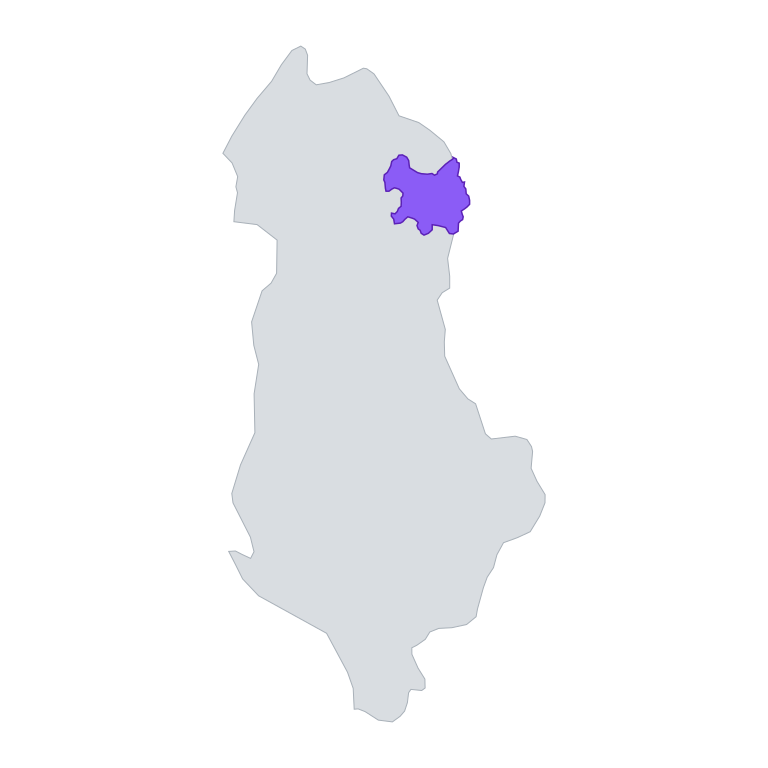 location of Kukës, Kukës, Albania
{"feature_id": "67620474B92464717887955", "entity_name": "Kukës", "entity_type": "district", "adm_level": 2, "iso_a3": "ALB", "parent_name": "Albania", "parent_adm1": "Kukës", "projection": "robinson", "projection_center": [20.374, 41.987], "detail": "fine", "context": "in_parent", "style": "filled", "palette": "violet", "viewbox_px": 768, "rotation_deg": 0, "n_neighbors": 0, "source": "geoboundaries", "source_scale": "gbopen_adm2", "svg_char_len": 2746}
<svg xmlns="http://www.w3.org/2000/svg" viewBox="0 0 768 768"><path d="M233.9,221.7L234.6,210.5L237.5,192.7L235.9,186.8L237.7,176.6L232.1,163.0L222.9,153.3L231.9,136.0L244.9,115.1L257.0,98.5L271.6,81.3L281.4,64.7L291.9,50.5L300.8,46.1L305.3,49.1L307.6,55.3L307.0,73.8L310.1,80.1L316.2,84.8L329.3,82.5L343.9,77.9L363.4,68.2L366.8,68.8L374.0,73.9L389.0,96.2L399.0,115.8L418.8,122.6L429.8,130.2L443.9,141.8L450.8,153.5L460.5,189.2L461.6,210.8L458.8,220.7L456.4,223.2L447.6,258.4L449.7,276.3L449.7,288.1L442.2,292.7L437.2,300.1L445.3,329.4L444.3,341.9L444.7,356.2L459.3,388.8L467.9,398.9L475.6,403.8L485.4,433.8L491.3,439.0L515.2,436.2L526.9,439.5L531.5,446.6L532.6,451.5L531.1,468.3L537.0,481.3L545.1,494.6L545.0,502.8L539.7,516.1L530.2,531.7L517.5,537.6L503.5,542.7L496.9,554.8L493.5,567.6L487.2,577.2L483.4,587.6L477.5,608.9L476.1,616.7L466.6,624.5L451.9,627.7L438.7,628.4L429.8,632.0L425.3,639.3L416.9,645.2L411.8,647.8L411.9,654.3L418.0,668.0L424.9,679.1L425.1,688.0L421.7,690.5L410.9,689.4L408.6,692.7L407.4,702.6L404.6,711.1L400.1,716.3L392.4,721.9L378.3,720.1L365.1,711.6L358.2,708.9L354.2,709.2L353.2,688.4L347.5,672.2L326.6,633.3L258.6,595.8L242.6,578.9L235.6,564.8L228.7,551.4L235.4,551.0L242.0,554.4L250.6,558.4L254.0,551.7L250.4,537.1L233.0,502.9L231.8,493.5L240.5,464.9L254.9,432.7L254.1,393.8L258.7,364.4L253.8,345.3L251.6,321.9L262.1,290.8L271.1,283.1L276.6,273.3L277.1,240.1L257.1,224.6L233.9,221.7Z" fill="#d9dde1" stroke="#a8b0b8" stroke-width="1"/><path d="M386.0,191.2L389.0,191.2L391.7,189.2L393.0,188.5L394.5,187.8L396.0,188.2L397.7,188.7L399.1,189.2L401.1,191.2L402.3,192.4L403.0,193.1L402.8,195.9L402.6,196.2L401.1,198.0L401.3,202.4L401.1,206.3L398.5,208.4L397.3,211.5L396.6,212.2L395.8,213.0L395.1,213.8L393.4,213.5L391.5,213.1L391.3,216.1L393.7,219.1L394.5,223.8L400.4,223.1L402.8,221.7L404.9,219.3L407.8,216.8L412.3,218.2L414.6,219.1L418.2,222.4L417.0,225.6L418.2,228.9L420.1,230.3L421.2,233.3L424.0,235.1L428.4,233.3L432.2,229.8L432.2,224.7L438.2,225.6L445.6,227.5L449.4,233.5L453.4,234.0L458.1,231.2L458.5,223.1L460.4,221.0L462.6,219.6L463.2,216.8L462.3,214.5L461.3,211.0L464.5,208.9L467.0,207.0L469.6,204.3L469.6,200.3L468.7,196.1L466.2,193.8L465.8,188.9L463.9,186.4L464.5,182.0L462.4,182.4L460.7,179.4L459.9,177.1L457.5,175.9L458.4,171.7L459.2,167.1L459.2,163.1L456.9,162.2L456.3,159.0L453.1,157.4L453.4,158.4L452.2,159.5L449.9,160.9L448.5,162.0L447.4,162.9L445.6,164.2L437.6,172.0L437.4,173.8L434.5,175.2L432.0,173.5L427.4,174.2L421.4,173.7L417.5,172.6L409.6,167.8L409.1,164.6L408.7,160.6L406.7,157.2L402.4,154.9L398.9,155.2L396.8,158.7L393.6,159.7L391.7,161.5L390.8,165.9L389.4,168.7L387.4,172.4L384.3,174.8L383.8,179.9L384.9,182.4L385.4,188.2L386.0,191.2Z" fill="#8b5cf6" stroke="#5b21b6" stroke-width="1.5"/></svg>